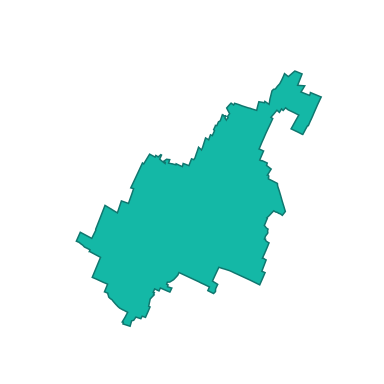 Peto, Yucatán, Mexico (Robinson projection), rotated 198°
{"feature_id": "50627088B37854102096410", "entity_name": "Peto", "entity_type": "district", "adm_level": 2, "iso_a3": "MEX", "parent_name": "Mexico", "parent_adm1": "Yucatán", "projection": "robinson", "projection_center": [-88.859, 20.051], "detail": "fine", "context": "isolated", "style": "filled", "palette": "teal", "viewbox_px": 384, "rotation_deg": 198, "n_neighbors": 0, "source": "geoboundaries", "source_scale": "gbopen_adm2", "svg_char_len": 5904}
<svg xmlns="http://www.w3.org/2000/svg" viewBox="0 0 384 384"><g transform="rotate(198 192 192)"><path d="M248.6,172.2L248.9,161.5L256.4,161.7L256.5,149.1L270.6,152.4L271.5,136.3L272.1,126.7L271.7,126.0L273.0,116.9L285.8,119.2L286.8,109.5L286.5,109.5L285.4,109.3L284.8,109.3L284.1,109.3L283.4,109.0L282.7,108.8L282.2,108.6L281.5,108.3L280.9,108.1L280.1,107.9L279.1,107.5L278.3,107.0L277.9,106.8L277.4,106.5L277.0,106.4L276.7,106.4L276.3,106.3L275.6,106.2L275.2,106.2L274.6,106.1L274.2,106.0L273.4,105.9L272.3,105.7L271.2,105.6L271.1,105.4L271.2,104.5L271.3,103.8L271.3,103.7L271.1,103.8L258.8,101.6L260.5,80.0L258.2,79.8L255.9,79.6L248.6,78.7L243.8,78.3L244.4,70.0L243.4,70.0L242.6,69.9L241.8,69.8L241.3,69.8L240.7,69.7L240.5,69.1L240.3,68.6L240.0,68.3L239.7,67.9L239.4,67.4L238.9,66.6L238.8,66.4L237.5,65.7L236.3,65.2L235.2,65.0L234.6,64.7L233.5,63.9L231.9,62.9L230.9,62.3L229.2,61.3L228.5,61.0L227.4,60.3L225.5,59.5L225.1,59.3L224.7,59.2L223.2,58.9L222.5,58.8L221.7,58.6L221.3,58.5L220.9,58.6L219.4,58.3L216.0,57.7L216.9,52.5L218.2,46.8L217.1,46.9L216.9,45.2L209.4,45.2L209.6,50.8L207.8,52.0L206.7,55.7L201.5,55.7L201.0,58.5L197.5,58.4L196.9,64.2L196.4,69.7L197.9,69.9L198.7,77.3L198.2,78.4L197.8,79.3L196.2,82.5L197.0,82.9L196.7,84.6L197.9,84.6L197.6,88.3L192.8,87.7L192.4,90.9L186.6,90.4L186.0,90.3L182.1,90.0L181.9,91.3L181.5,94.4L186.0,94.3L186.1,96.3L187.6,96.4L187.6,98.6L185.3,99.5L182.4,102.9L181.0,105.8L179.8,108.5L179.5,111.4L157.7,108.7L155.4,108.3L151.9,107.9L146.1,107.1L146.5,103.1L143.5,102.6L140.1,102.1L139.8,102.7L138.9,104.5L139.6,107.2L139.4,109.1L139.0,112.1L145.0,113.6L144.8,115.5L144.3,120.0L143.2,128.7L140.7,128.7L139.2,128.7L137.0,128.8L135.3,128.8L131.8,128.8L129.0,128.5L127.1,128.2L124.3,127.9L112.5,126.5L109.9,126.2L98.9,124.6L98.1,132.3L97.6,137.9L101.1,138.2L100.5,150.3L100.9,150.4L102.0,150.5L102.4,150.7L102.6,150.7L102.8,150.8L103.1,150.9L103.4,151.0L103.8,151.1L104.1,151.0L104.3,150.9L104.5,150.8L104.5,151.1L104.5,151.3L104.5,151.5L104.4,152.0L104.4,152.4L104.4,152.5L104.3,153.3L104.2,153.9L104.2,154.1L104.2,154.3L104.1,154.8L104.1,155.2L104.0,155.4L104.0,155.6L104.0,155.9L104.0,156.0L103.9,156.2L103.9,156.4L103.9,156.6L103.9,157.1L103.9,157.4L103.8,157.9L103.7,158.7L103.6,159.9L103.6,160.5L103.5,161.1L103.4,162.4L103.3,163.6L103.2,164.9L103.2,165.1L103.2,165.3L103.1,166.6L103.0,167.4L105.0,167.8L107.0,168.6L107.5,169.6L107.5,169.8L108.6,169.7L108.4,172.9L108.2,173.6L107.7,175.0L107.3,176.0L107.4,177.0L108.1,178.3L108.2,180.2L109.4,180.5L110.4,180.9L112.9,182.6L112.8,183.1L112.6,185.2L112.5,187.1L112.2,190.2L112.9,190.5L111.7,192.6L110.8,194.4L109.7,196.8L108.4,199.4L107.5,199.1L106.8,198.9L106.7,198.9L105.9,198.8L104.9,199.0L104.0,198.8L103.0,198.5L101.6,198.5L100.9,198.4L98.9,197.7L98.5,198.7L97.2,202.3L99.8,206.1L101.5,208.5L103.8,211.8L107.0,216.6L108.8,219.2L109.4,220.1L110.6,221.7L111.8,223.3L112.6,224.6L113.1,225.6L113.1,226.1L113.7,226.6L116.3,227.0L118.7,227.4L123.4,228.1L123.5,229.3L123.9,229.5L123.8,230.8L124.4,231.4L124.7,231.4L125.2,231.6L125.5,231.5L123.8,238.3L129.3,240.3L129.4,242.8L132.4,243.2L135.3,243.5L135.7,243.1L137.5,243.3L137.3,245.4L137.3,245.5L137.0,249.0L136.6,253.1L136.8,253.1L138.2,253.3L140.0,253.5L141.5,253.6L141.4,254.5L140.8,261.8L140.7,262.6L140.5,264.4L140.4,265.3L139.9,270.7L139.2,276.4L138.8,279.2L137.9,286.8L140.0,287.4L139.5,288.7L138.2,291.7L137.7,293.0L136.5,296.0L133.5,294.7L132.5,298.7L130.5,297.7L129.0,301.0L126.2,299.9L119.4,299.0L116.4,298.5L114.2,298.2L114.7,295.7L115.2,293.2L115.4,292.4L116.0,289.2L116.3,287.8L116.6,286.0L117.3,282.7L114.2,282.3L112.2,282.0L111.2,281.9L108.4,281.5L104.8,280.9L104.7,280.9L104.4,281.0L104.3,281.4L104.2,282.3L103.9,283.7L103.5,286.2L103.3,287.3L102.8,289.8L102.5,290.9L101.9,291.0L101.8,291.5L101.5,295.0L101.3,296.7L101.1,298.0L100.7,301.8L100.5,304.3L100.3,306.3L99.7,312.3L99.7,312.7L99.1,317.5L99.0,318.2L99.0,318.3L98.9,319.3L98.7,320.7L98.5,322.3L100.2,322.4L102.7,322.6L103.8,322.7L105.2,322.8L110.1,323.2L109.9,321.9L109.8,321.7L110.0,321.3L110.0,320.2L119.3,320.8L118.4,324.2L117.6,327.8L124.5,326.1L123.8,338.3L130.4,338.8L131.6,338.8L132.9,336.7L135.0,333.2L136.1,331.5L140.6,333.2L140.8,330.5L141.3,326.1L142.0,322.1L143.6,318.6L143.6,318.4L144.1,317.1L144.3,316.2L144.8,315.6L145.0,315.4L146.2,314.9L147.2,312.9L146.9,308.8L146.6,304.5L146.0,300.8L145.8,299.2L150.7,300.7L150.7,299.3L156.3,298.5L156.2,296.4L156.1,294.4L155.9,291.6L155.8,290.7L155.7,289.6L160.8,289.5L162.5,289.6L164.3,289.4L166.5,289.4L168.5,289.4L171.4,289.4L172.6,289.5L175.6,289.6L178.9,289.5L178.9,289.3L179.3,287.6L182.3,288.6L183.4,286.3L185.0,282.6L183.0,280.6L180.4,278.1L180.8,276.9L181.1,276.0L181.6,274.7L180.6,273.8L181.7,271.3L181.7,271.1L183.7,272.6L183.1,274.6L183.9,274.9L185.2,274.1L186.3,274.9L186.6,274.5L187.0,274.7L187.1,268.5L188.5,266.9L188.9,262.8L190.3,262.6L190.2,262.0L190.7,258.0L189.5,257.3L190.1,251.9L192.1,252.1L192.3,246.8L195.8,247.6L195.7,237.4L195.7,237.1L195.8,236.6L195.9,235.5L196.0,234.9L196.5,235.2L197.2,235.5L198.5,236.1L199.0,236.3L199.6,236.6L199.6,236.1L199.6,235.4L199.6,234.8L199.6,233.9L199.6,232.5L199.7,229.6L199.7,229.3L199.7,228.3L199.7,227.7L199.7,226.2L199.7,225.2L199.9,224.7L200.1,223.9L200.3,223.3L202.7,223.4L203.1,216.1L206.2,216.3L209.2,216.4L209.1,215.3L209.1,214.3L209.0,213.2L211.8,213.4L213.9,213.7L214.8,213.8L215.1,213.8L215.8,213.9L215.7,212.9L217.3,212.8L218.2,212.7L218.9,212.7L219.4,212.7L219.7,212.6L223.2,212.2L223.2,213.1L223.2,213.6L223.2,214.8L223.2,215.3L223.2,215.9L223.7,215.8L224.5,215.6L225.8,215.4L226.3,215.3L226.8,214.6L227.1,214.2L227.6,213.5L228.2,212.8L227.8,212.6L227.3,212.1L226.5,211.7L226.4,210.8L231.0,212.4L232.9,213.3L232.4,217.7L233.2,217.9L235.0,214.9L237.7,215.6L237.9,213.8L241.3,214.4L244.0,214.9L245.3,209.4L246.6,203.8L248.1,204.3L249.4,193.5L250.1,188.0L250.8,182.4L251.5,177.0L248.6,177.2L248.6,172.2Z" fill="#14b8a6" stroke="#0f766e" stroke-width="1.5"/></g></svg>